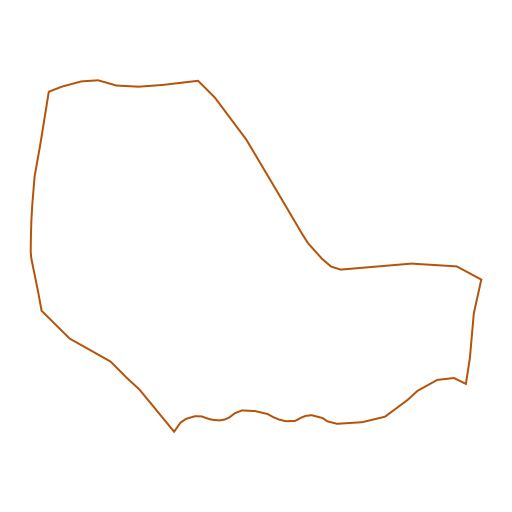 Cajolá, Quezaltenango, Guatemala (Equal Earth projection)
{"feature_id": "79465075B33960112872468", "entity_name": "Cajolá", "entity_type": "district", "adm_level": 2, "iso_a3": "GTM", "parent_name": "Guatemala", "parent_adm1": "Quezaltenango", "projection": "equal_earth", "projection_center": [-91.611, 14.937], "detail": "fine", "context": "isolated", "style": "outline", "palette": "amber", "viewbox_px": 512, "rotation_deg": 0, "n_neighbors": 0, "source": "geoboundaries", "source_scale": "gbopen_adm2", "svg_char_len": 931}
<svg xmlns="http://www.w3.org/2000/svg" viewBox="0 0 512 512"><path d="M481.3,279.6L456.7,266.4L411.5,263.6L340.6,269.6L331.0,266.5L321.9,258.7L308.1,243.3L302.2,234.0L296.9,225.0L269.9,179.3L246.3,139.6L214.8,97.5L198.1,80.8L161.9,85.0L138.6,86.7L116.3,85.5L98.1,80.3L81.3,81.4L62.0,86.6L48.8,91.7L40.3,144.4L34.6,176.5L32.3,204.4L31.4,220.0L30.9,236.1L30.7,251.6L31.3,258.3L32.9,266.3L37.9,290.7L41.6,310.8L69.8,338.7L110.6,361.6L126.6,377.7L139.4,389.5L174.1,431.7L180.5,422.6L186.1,418.8L195.1,416.2L201.6,416.4L205.9,418.0L209.9,419.2L213.9,420.0L219.8,420.4L224.7,419.5L229.1,417.6L234.9,413.2L242.0,410.4L255.2,411.1L267.6,414.0L272.9,417.0L278.8,419.5L285.7,421.2L294.9,421.0L301.8,417.4L305.7,415.9L311.6,415.2L322.5,418.0L327.5,421.4L337.1,423.8L362.1,422.2L385.0,416.7L407.6,399.9L417.7,390.7L437.3,379.9L453.9,378.0L465.9,383.9L469.9,357.9L473.8,313.4L481.3,279.6Z" fill="none" stroke="#b45309" stroke-width="2"/></svg>